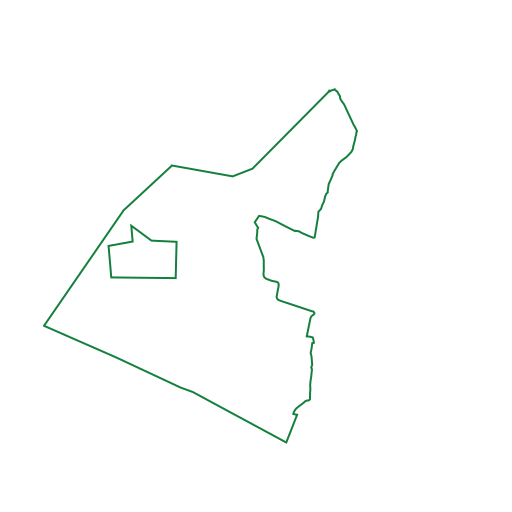 Zemam Out, Ash Sharqiyah, Egypt (Natural Earth projection), rotated 126°
{"feature_id": "37247803B97784107411787", "entity_name": "Zemam Out", "entity_type": "district", "adm_level": 2, "iso_a3": "EGY", "parent_name": "Egypt", "parent_adm1": "Ash Sharqiyah", "projection": "natural_earth1", "projection_center": [31.601, 30.329], "detail": "fine", "context": "isolated", "style": "outline", "palette": "green", "viewbox_px": 512, "rotation_deg": 126, "n_neighbors": 0, "source": "geoboundaries", "source_scale": "gbopen_adm2", "svg_char_len": 2389}
<svg xmlns="http://www.w3.org/2000/svg" viewBox="0 0 512 512"><g transform="rotate(126 256 256)"><path d="M292.4,158.2L291.5,158.8L290.9,159.3L289.5,161.0L288.5,162.1L289.8,165.4L290.5,166.5L291.2,167.7L274.7,175.2L274.4,175.4L273.1,175.6L272.0,175.7L269.3,174.9L268.3,174.9L268.0,175.1L267.6,175.6L267.2,177.0L267.9,178.5L277.7,209.3L278.4,212.2L278.0,214.0L276.9,215.4L266.7,220.2L265.3,221.3L264.7,222.2L264.6,223.8L265.6,225.9L266.9,228.8L267.8,232.1L268.4,234.3L268.4,236.4L267.7,237.9L266.3,239.3L262.9,241.3L257.7,245.2L255.3,246.9L252.6,249.4L241.8,265.7L238.7,267.4L236.3,268.8L235.4,269.4L233.9,270.5L232.6,270.7L231.9,270.8L231.9,271.2L229.4,276.9L228.1,276.9L221.9,277.1L221.3,276.3L219.3,272.0L218.1,266.9L216.8,262.5L216.2,260.0L215.0,251.7L213.8,244.1L212.9,239.1L212.5,239.0L210.9,236.1L210.3,231.8L208.7,224.6L207.5,220.2L206.5,219.5L205.6,219.9L205.0,220.2L192.1,226.7L188.0,228.7L183.6,231.5L182.7,231.4L179.5,231.1L178.9,231.3L175.8,232.4L174.5,232.6L172.0,233.0L167.2,235.1L164.5,235.7L164.2,235.7L162.5,235.3L162.0,235.7L161.5,236.0L155.0,239.5L153.7,239.7L145.8,241.4L144.8,242.1L143.5,242.3L142.4,242.4L142.1,242.5L141.1,242.6L132.9,243.3L131.6,243.4L128.5,242.8L122.5,240.9L115.4,240.0L114.5,240.2L114.0,240.3L112.7,240.5L112.3,240.6L110.3,241.7L105.1,243.7L102.4,244.8L101.4,245.5L99.3,246.1L98.0,246.8L96.9,247.5L96.3,247.5L95.6,247.7L93.1,252.5L92.4,254.3L91.5,255.9L81.6,273.8L79.8,279.2L78.7,280.9L77.4,282.0L75.2,287.0L75.2,288.4L75.2,289.9L74.9,290.3L76.0,291.0L77.5,292.2L79.3,292.9L79.6,293.1L79.3,293.9L81.4,293.9L167.4,307.1L187.5,310.2L205.3,321.7L232.3,377.4L233.0,377.3L297.1,390.0L298.4,389.9L435.8,386.5L437.0,386.5L437.1,386.4L436.1,382.0L420.2,309.2L406.8,239.8L403.2,227.2L389.1,122.0L387.9,122.2L360.3,129.4L361.9,132.9L361.2,133.3L359.9,133.6L359.3,133.7L359.2,133.7L358.6,133.8L357.9,133.8L356.1,133.9L352.8,133.1L350.4,132.3L349.4,132.0L346.7,131.2L344.3,130.7L342.7,129.6L342.0,128.5L341.0,128.3L340.3,128.1L339.7,128.5L338.6,129.2L334.8,131.9L332.4,133.3L328.3,136.5L324.9,138.5L320.8,140.6L318.0,142.3L314.9,144.0L313.7,145.8L311.2,146.5L310.5,147.0L304.6,152.1L302.2,154.9L299.1,156.2L293.3,159.3L293.0,159.0L292.4,158.2ZM316.8,364.3L316.0,365.0L304.8,374.7L304.8,373.7L305.0,349.6L291.2,328.6L320.2,308.6L321.1,308.0L335.2,327.8L358.4,360.5L334.5,381.2L334.0,380.7L316.8,364.3Z" fill="none" stroke="#15803d" stroke-width="2"/></g></svg>